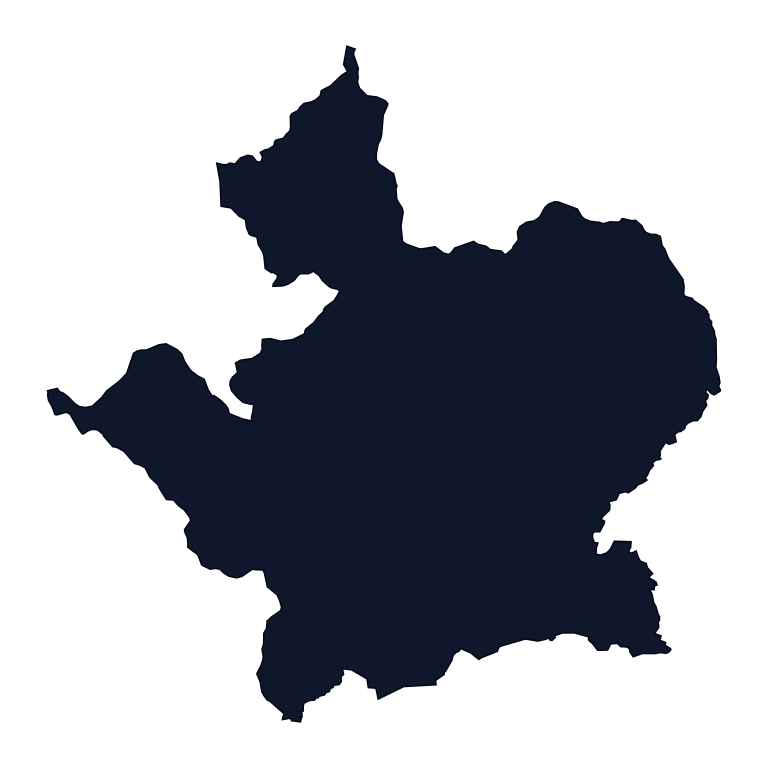 the district of Cosna, Suceava, Romania
{"feature_id": "2599482B14560986081360", "entity_name": "Cosna", "entity_type": "district", "adm_level": 2, "iso_a3": "ROU", "parent_name": "Romania", "parent_adm1": "Suceava", "projection": "orthographic", "projection_center": [25.113, 47.426], "detail": "fine", "context": "isolated", "style": "filled", "palette": "ink", "viewbox_px": 768, "rotation_deg": 0, "n_neighbors": 0, "source": "geoboundaries", "source_scale": "gbopen_adm2", "svg_char_len": 6090}
<svg xmlns="http://www.w3.org/2000/svg" viewBox="0 0 768 768"><path d="M633.2,656.8L642.4,653.5L654.4,653.6L660.9,652.6L665.8,653.4L668.7,652.2L670.8,649.9L670.6,648.7L665.0,645.1L665.7,642.6L659.7,640.2L661.1,636.0L654.6,633.4L658.7,627.5L658.3,621.9L659.7,619.8L659.2,618.5L659.7,617.1L658.0,613.8L655.8,606.1L653.7,602.7L652.2,594.8L650.5,590.6L650.8,589.1L654.0,589.9L654.7,585.5L657.1,585.0L655.8,581.7L654.3,582.2L654.3,580.8L648.6,577.6L652.6,573.5L647.4,567.7L646.2,563.5L640.3,561.1L637.9,556.4L636.2,550.9L631.4,553.2L628.5,551.7L630.7,547.1L631.1,541.7L614.3,541.2L610.5,548.9L606.7,552.9L600.5,555.1L596.1,554.2L596.3,548.0L597.9,543.0L594.3,542.4L592.6,537.8L592.5,534.1L594.3,531.7L599.8,531.8L604.4,523.0L604.6,521.2L601.1,519.4L603.1,516.3L609.6,510.1L610.0,505.1L608.7,501.9L616.4,499.7L619.1,493.4L625.6,491.7L628.3,492.8L635.3,488.0L637.8,484.8L642.4,483.1L647.0,480.0L645.2,478.3L647.8,474.4L649.4,470.5L653.4,465.6L652.6,462.8L655.7,460.3L660.7,459.2L660.8,458.5L659.3,458.0L660.2,455.6L660.1,451.0L665.7,442.2L668.6,444.2L669.9,444.1L676.3,441.8L674.6,434.6L677.8,432.0L680.9,431.4L683.4,429.6L684.8,428.3L685.5,425.7L687.9,423.1L692.9,420.8L697.4,420.6L701.1,416.4L702.4,411.8L706.5,405.6L706.7,404.7L705.6,402.2L706.0,399.8L707.5,398.5L708.2,394.9L705.6,392.4L707.1,388.9L710.8,393.2L714.1,394.9L720.0,391.3L720.5,390.2L718.6,386.5L719.9,382.7L719.0,376.5L715.9,367.3L716.4,359.3L716.0,338.7L714.6,334.9L714.4,331.3L711.4,325.2L711.7,321.7L709.0,318.8L708.8,314.2L707.7,313.6L707.5,311.4L703.9,307.4L693.7,300.6L692.4,298.5L685.4,296.5L683.7,294.4L684.1,286.2L682.9,279.3L668.5,258.7L664.8,249.2L662.1,245.6L660.3,236.3L655.8,234.4L650.9,234.3L646.4,232.7L643.8,230.0L641.8,225.7L635.6,220.3L631.7,220.7L622.9,218.6L621.8,218.8L620.5,221.1L618.3,222.1L609.8,221.8L603.4,223.7L599.7,222.4L590.3,221.3L584.7,219.1L581.6,216.4L577.3,209.0L558.5,202.0L554.8,201.7L548.3,204.2L544.8,207.7L539.9,216.5L537.8,218.5L533.8,221.0L526.5,222.2L519.6,226.8L517.4,231.8L518.2,239.3L517.8,240.6L513.3,246.3L512.2,249.1L506.4,254.1L503.7,254.3L503.4,253.1L501.1,251.0L490.4,249.6L485.9,246.2L478.1,244.4L473.6,241.4L454.7,248.0L451.2,252.7L448.5,254.5L443.6,253.1L435.0,246.7L421.3,249.0L418.7,248.6L406.3,244.1L402.6,241.6L401.0,226.1L403.2,211.9L402.1,207.9L397.9,201.5L396.7,198.6L396.0,188.8L397.0,185.7L395.8,183.2L393.8,173.9L378.9,163.9L376.3,159.7L376.3,153.9L378.1,144.2L380.7,139.0L381.7,134.2L383.3,114.9L387.4,105.7L387.7,103.5L385.1,100.6L376.9,97.0L366.9,95.7L359.5,88.2L357.5,82.3L358.2,77.1L357.7,72.9L358.4,68.5L353.6,54.6L353.7,52.3L355.2,49.1L346.9,46.1L343.6,64.5L347.6,71.5L341.5,75.3L330.6,85.8L321.3,90.6L320.2,95.8L315.8,99.7L311.5,101.9L304.1,103.4L299.7,107.3L298.9,109.2L297.0,111.0L291.7,113.7L290.3,116.5L290.6,127.3L289.7,131.1L286.2,134.3L283.5,138.2L275.8,140.1L274.6,142.0L273.8,145.7L268.3,149.2L264.9,149.9L260.2,152.4L262.5,156.7L261.6,160.5L260.2,162.2L256.6,161.5L252.5,156.2L247.7,155.2L240.4,157.9L234.9,164.1L231.0,163.1L228.5,163.5L227.2,164.7L222.9,164.6L216.7,163.1L220.0,181.3L221.1,206.3L231.0,207.9L239.0,216.1L244.4,219.1L245.6,220.2L246.4,227.1L249.1,234.0L250.9,235.3L256.9,237.1L258.3,244.5L262.9,252.3L263.9,256.2L265.2,268.5L271.2,272.6L272.9,272.3L277.6,275.1L276.9,278.9L273.3,283.8L272.9,286.3L282.8,285.9L288.0,284.2L294.1,280.4L298.0,275.4L300.6,273.7L308.7,273.7L313.4,271.3L319.2,275.6L322.2,280.3L328.6,286.2L331.4,287.8L338.2,289.5L339.7,291.4L334.3,300.5L325.5,306.9L323.7,309.6L323.4,311.8L318.6,316.2L313.8,322.6L306.0,328.9L304.9,330.9L304.7,333.3L303.6,334.2L292.6,339.6L283.6,340.9L280.6,341.2L270.5,338.6L262.4,339.3L261.9,345.7L262.2,348.9L260.3,353.3L251.9,358.6L240.4,360.2L235.5,363.0L237.6,372.5L232.4,377.3L230.3,381.0L229.9,385.2L231.6,390.7L237.4,397.5L243.1,402.4L250.9,404.3L253.6,403.9L252.9,411.4L251.5,417.1L251.5,420.9L242.8,419.0L229.2,413.6L228.1,408.9L225.8,405.2L219.9,399.7L214.1,395.7L212.1,395.8L208.3,390.1L204.1,379.2L197.2,375.6L190.3,370.1L184.9,362.0L181.7,353.9L177.2,349.7L166.1,343.8L159.1,344.7L146.4,350.0L141.0,350.1L137.0,351.1L133.5,353.3L126.7,373.4L119.3,381.2L106.9,390.7L101.5,397.7L92.4,406.0L85.8,407.5L79.3,406.6L74.7,403.5L67.7,396.4L63.4,393.2L59.6,391.7L57.3,388.4L47.5,390.7L48.0,392.1L47.6,395.1L48.5,400.3L52.1,406.8L54.9,414.5L57.1,414.9L66.0,412.3L68.6,413.3L70.3,414.6L78.4,428.7L82.2,433.9L83.4,434.0L87.5,431.1L91.9,429.4L97.5,429.8L103.0,434.3L103.5,436.0L112.7,446.6L116.6,447.4L123.7,451.1L134.5,463.5L139.3,464.8L145.2,467.9L149.7,476.9L158.1,485.1L159.6,488.6L166.4,499.5L173.5,500.0L178.6,505.8L183.9,509.6L188.6,515.7L190.0,518.1L190.5,520.9L184.5,529.5L185.0,532.5L187.3,537.5L188.0,544.6L187.6,547.0L197.8,554.8L201.8,565.1L210.1,569.2L215.1,568.4L219.6,569.1L223.8,573.0L228.7,576.1L236.5,577.9L242.1,576.3L252.1,569.4L263.1,570.1L264.5,573.6L267.3,586.7L277.1,594.9L279.9,601.2L281.5,607.2L280.7,610.6L271.8,616.7L267.1,621.0L266.5,628.4L263.8,633.2L263.6,644.1L262.0,649.2L263.2,656.3L262.9,660.0L260.6,666.2L256.8,673.8L260.1,681.7L261.8,691.8L264.0,695.7L267.2,700.1L269.6,701.0L283.2,713.0L284.0,715.0L282.9,716.5L282.4,719.6L290.3,718.2L291.7,720.8L300.4,721.9L301.3,719.1L299.9,717.6L302.0,717.3L301.8,711.8L303.3,711.0L303.2,706.3L304.0,703.2L309.7,700.4L314.3,700.2L316.2,697.9L318.3,697.7L319.1,696.3L322.3,695.5L322.8,694.6L323.9,695.3L324.9,694.6L325.6,692.8L329.5,691.5L329.8,689.1L330.6,688.9L330.8,687.8L332.9,687.7L333.9,685.2L339.1,684.6L341.4,681.5L341.0,676.8L343.6,674.4L342.7,669.7L343.0,668.8L351.6,669.9L367.0,678.9L368.3,687.6L375.9,688.2L378.2,699.1L403.7,686.6L436.0,684.8L435.7,680.4L444.3,674.3L444.0,672.1L445.3,671.6L451.8,660.5L453.0,655.6L455.9,652.4L458.6,651.5L460.9,648.6L470.8,653.0L478.9,659.5L481.6,657.6L497.3,651.4L498.5,648.2L499.9,646.4L525.3,639.0L537.7,641.1L546.0,639.2L548.3,637.8L550.2,640.3L552.1,640.4L555.3,637.5L554.4,636.0L559.7,633.9L562.6,633.0L574.3,632.9L588.9,637.0L588.4,639.5L589.1,640.7L592.2,643.2L597.6,650.3L607.1,650.1L607.8,649.8L610.7,643.9L617.4,643.4L620.8,646.7L626.3,646.9L628.4,647.9L629.5,649.1L630.1,652.4L633.2,656.8Z" fill="#0f172a" stroke="#020617" stroke-width="1.5"/></svg>